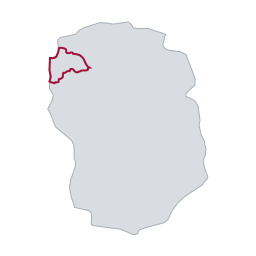 where Resen sits in North Macedonia, rotated 95°
{"feature_id": "MKD-2894", "entity_name": "Resen", "entity_type": "Statistical Region", "adm_level": 1, "iso_a3": "MKD", "parent_name": "North Macedonia", "parent_adm1": "", "projection": "albers", "projection_center": [21.045, 41.032], "detail": "fine", "context": "in_parent", "style": "outline", "palette": "rose", "viewbox_px": 256, "rotation_deg": 95, "n_neighbors": 0, "source": "natural_earth", "source_scale": "10m", "svg_char_len": 2174}
<svg xmlns="http://www.w3.org/2000/svg" viewBox="0 0 256 256"><g transform="rotate(95 128 128)"><path d="M114.1,56.9L118.7,57.5L128.6,54.6L134.7,50.6L137.9,50.0L142.0,48.5L148.1,48.6L154.2,50.3L161.9,47.9L169.5,44.2L172.5,45.0L175.9,48.1L178.1,48.9L191.0,65.2L198.0,71.7L206.3,76.7L215.7,80.2L219.2,83.7L225.5,101.1L228.5,107.7L232.5,109.6L233.5,111.5L233.7,114.0L229.5,126.4L228.3,154.1L227.2,156.3L222.5,156.3L216.3,157.0L213.9,159.2L211.7,174.1L201.7,178.5L192.5,181.1L184.8,180.6L171.1,177.3L166.7,177.0L162.9,179.0L150.8,180.2L145.5,182.9L133.1,200.4L120.5,206.5L116.1,209.6L106.4,205.8L101.7,205.4L95.0,209.8L80.3,210.3L76.3,211.1L64.9,211.8L64.5,209.4L62.4,205.9L57.1,204.2L46.2,205.6L43.6,203.1L39.2,188.3L35.8,185.9L31.9,180.9L25.4,164.8L25.3,157.8L25.8,151.7L22.3,137.3L24.5,133.7L27.9,131.4L28.0,125.6L27.1,116.8L31.1,99.6L32.2,98.3L33.2,99.2L42.8,100.6L45.3,98.4L46.9,95.0L47.5,82.4L49.8,76.6L72.9,65.5L79.7,65.1L84.9,70.2L89.1,73.4L91.6,73.3L92.4,70.0L95.2,63.7L100.0,60.1L114.0,56.9L114.1,56.9Z" fill="#d9dde1" stroke="#a8b0b8" stroke-width="1"/><path d="M65.0,211.8L65.0,208.9L64.3,206.8L62.9,205.5L58.8,204.2L54.3,203.6L54.1,202.9L54.0,202.2L54.0,201.2L54.0,199.9L54.3,198.4L54.7,197.1L55.7,196.4L57.0,196.3L57.8,196.2L58.5,195.5L58.6,194.2L58.6,193.2L58.2,192.2L57.7,191.6L57.7,190.6L57.7,190.0L58.1,189.6L58.8,189.3L58.9,188.4L58.9,187.2L59.0,185.8L59.4,183.4L60.0,181.7L60.8,180.7L61.7,179.5L62.6,178.6L64.5,177.4L66.0,176.6L67.7,175.6L69.5,174.3L70.5,173.1L71.2,171.7L71.3,171.5L71.6,172.5L72.1,173.1L72.9,173.1L73.7,173.2L74.1,174.1L74.5,176.4L74.5,177.8L74.9,179.5L75.8,180.9L76.0,181.2L76.0,181.3L76.0,181.8L76.8,182.7L77.0,183.7L76.8,185.0L75.9,186.4L75.1,187.1L74.4,187.6L74.1,188.7L74.1,190.0L74.7,190.7L76.1,190.9L76.5,191.2L76.5,192.2L76.7,193.2L77.1,194.0L77.8,194.7L78.4,195.4L78.6,196.1L78.6,196.9L79.2,197.5L80.1,197.5L81.5,197.4L82.7,197.4L83.8,198.0L84.7,199.3L85.1,200.0L85.1,200.9L86.0,201.2L86.8,201.2L88.0,201.2L88.4,201.6L88.8,203.0L88.7,204.4L89.6,204.9L89.8,205.5L89.7,206.2L89.4,206.9L89.2,208.1L88.9,209.4L88.8,209.5L88.5,210.3L85.4,209.7L83.3,209.5L77.3,211.3L65.0,211.8Z" fill="none" stroke="#9f1239" stroke-width="2"/></g></svg>